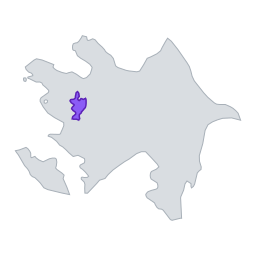 Goygol District, Xanlar, Azerbaijan (highlighted)
{"feature_id": "54616110B13615645655589", "entity_name": "Goygol District", "entity_type": "district", "adm_level": 2, "iso_a3": "AZE", "parent_name": "Azerbaijan", "parent_adm1": "Xanlar", "projection": "equal_earth", "projection_center": [46.326, 40.553], "detail": "fine", "context": "in_parent", "style": "filled", "palette": "violet", "viewbox_px": 256, "rotation_deg": 0, "n_neighbors": 0, "source": "geoboundaries", "source_scale": "gbopen_adm2", "svg_char_len": 4522}
<svg xmlns="http://www.w3.org/2000/svg" viewBox="0 0 256 256"><path d="M181.6,218.3L180.5,218.2L172.1,220.3L170.4,219.6L163.2,210.2L161.7,209.2L158.6,208.8L156.8,207.2L155.3,204.7L154.5,202.8L147.1,197.8L146.0,195.9L145.8,194.3L146.9,192.8L148.1,191.6L151.7,190.3L155.9,189.2L157.2,188.5L157.9,187.1L157.8,185.0L157.1,182.8L151.1,179.0L150.4,177.3L150.2,175.3L150.5,173.1L151.4,171.5L156.3,169.2L158.9,166.9L157.3,164.2L151.9,158.3L145.6,151.7L141.4,151.7L136.6,153.6L128.9,159.2L124.7,161.6L119.1,165.5L113.1,169.9L108.1,174.6L105.0,178.5L99.5,180.2L96.7,183.5L87.5,193.2L84.9,193.1L84.7,188.2L84.9,184.4L84.3,182.2L81.3,179.2L81.2,177.9L82.0,177.1L84.3,177.5L87.3,177.4L88.7,176.2L85.5,172.2L82.7,169.5L80.3,167.8L79.8,166.7L79.8,165.9L80.3,165.0L84.4,162.8L84.8,160.8L84.5,158.6L78.0,155.3L73.2,156.5L68.9,152.8L66.1,149.9L62.6,146.8L59.6,145.1L56.6,141.3L51.5,137.3L48.2,136.2L48.2,135.6L48.8,134.8L50.2,134.2L59.4,134.4L60.5,133.7L61.1,132.0L62.3,129.4L63.8,125.7L63.7,122.6L54.5,117.6L47.8,113.0L43.2,106.9L40.1,101.3L40.2,99.4L41.1,97.7L48.3,92.6L48.8,91.2L48.6,90.3L46.1,87.7L42.9,85.0L41.9,83.0L39.9,82.0L36.1,82.0L29.4,78.7L28.0,78.3L27.7,77.7L28.0,77.0L32.8,75.7L32.7,74.6L31.3,73.1L28.6,72.0L26.1,69.4L25.3,67.0L34.0,60.1L36.5,58.8L42.1,60.0L53.8,64.6L53.0,67.1L54.2,68.6L56.9,70.5L62.1,72.5L66.4,73.5L68.6,72.7L72.0,71.9L76.4,74.2L80.4,77.1L82.4,78.2L83.5,78.6L86.5,77.6L90.2,73.9L91.7,69.4L92.1,67.3L89.9,64.3L85.5,61.1L80.6,58.2L77.4,55.7L75.4,50.8L73.3,50.2L72.8,49.6L72.5,47.9L72.6,45.6L73.3,43.8L75.3,43.0L77.3,42.7L79.1,41.0L81.4,37.6L82.3,35.7L86.6,36.8L87.2,39.8L88.0,40.5L89.8,40.1L92.7,38.8L95.1,39.8L98.1,43.4L102.3,47.2L104.6,49.8L105.5,51.5L107.6,53.3L110.8,55.3L113.3,58.4L115.6,65.8L117.8,67.5L126.0,70.3L128.8,70.9L136.8,71.8L139.6,71.1L143.6,64.8L147.2,58.3L150.7,56.9L156.9,53.8L160.6,50.8L162.1,47.6L165.5,41.5L167.6,38.2L171.3,41.2L177.8,49.4L187.0,62.7L189.3,66.5L190.8,70.9L192.1,76.2L194.3,80.9L203.7,92.8L207.7,97.2L214.3,102.9L216.7,104.2L219.7,104.5L225.3,104.5L230.5,106.8L233.0,108.3L235.7,110.6L238.1,113.2L240.6,120.2L231.6,117.9L222.6,118.3L217.6,119.8L212.6,121.8L208.0,124.7L205.1,130.4L202.8,143.5L199.3,155.7L199.5,161.4L201.2,166.9L201.0,169.5L199.4,170.6L197.3,172.9L194.6,184.2L193.3,186.5L191.5,187.9L191.0,186.6L191.0,183.6L187.0,181.0L185.0,183.9L183.6,190.2L180.8,196.7L180.6,198.0L181.6,218.3ZM47.2,102.5L47.6,100.7L46.5,99.9L45.3,99.9L44.2,100.8L44.2,102.9L45.6,103.3L47.2,102.5ZM17.3,153.5L16.0,151.7L15.4,150.7L19.4,149.9L26.0,147.4L27.8,148.6L29.7,151.1L30.7,153.2L30.8,157.1L31.6,157.7L34.9,156.4L36.3,158.0L38.8,159.9L43.1,161.8L49.3,158.8L52.4,158.1L55.0,158.1L56.3,159.1L56.8,162.1L56.3,165.9L55.6,168.0L56.9,169.5L62.0,173.1L64.1,175.1L63.1,178.6L66.9,187.2L68.1,190.5L69.6,194.6L61.8,193.0L47.8,189.6L43.9,187.8L40.3,183.0L38.1,180.7L34.9,177.7L32.3,176.6L30.3,174.6L29.2,171.5L27.5,168.8L24.6,165.6L18.2,154.6L17.3,153.5ZM26.1,80.9L25.2,81.5L23.9,80.9L23.5,79.5L23.6,78.1L25.0,77.8L26.0,78.2L26.3,79.5L26.1,80.9Z" fill="#d9dde1" stroke="#a8b0b8" stroke-width="1"/><path d="M79.2,96.6L79.2,96.3L79.2,95.9L79.1,95.3L79.0,94.9L79.0,94.5L78.8,94.5L78.8,93.4L78.5,92.8L78.3,92.4L78.0,92.1L77.5,91.7L77.4,91.6L77.1,91.9L76.3,92.6L76.0,93.1L75.9,94.2L75.7,95.1L75.4,96.2L75.4,96.5L75.5,97.2L75.5,97.6L75.0,98.2L74.4,98.8L74.0,99.1L73.4,99.3L72.8,99.4L72.0,99.4L71.3,99.5L70.6,99.7L70.3,100.2L70.0,100.9L70.4,101.4L70.8,101.9L71.0,102.5L72.8,103.9L73.6,104.2L74.2,104.9L74.2,105.1L73.4,106.1L72.4,107.1L71.9,107.8L71.6,108.8L72.6,109.8L73.0,110.5L74.5,111.5L75.2,112.0L75.6,112.5L75.7,113.1L75.7,113.7L75.5,114.4L74.9,114.7L74.4,115.3L73.7,115.8L72.9,116.4L72.6,117.0L72.3,118.2L72.2,118.9L72.7,118.9L73.5,119.2L74.0,119.2L74.9,119.2L75.7,119.2L75.8,119.2L76.5,119.2L76.8,119.3L77.0,119.4L77.6,119.7L78.0,119.8L78.7,119.9L78.8,120.0L79.0,119.6L79.1,119.3L79.5,119.0L79.7,118.8L79.7,118.3L79.4,117.4L79.3,116.5L79.3,115.8L79.3,115.1L79.5,114.4L79.9,114.1L80.6,113.5L80.9,113.2L81.3,112.9L81.5,112.3L81.5,111.7L82.0,111.4L82.3,111.1L82.6,110.6L83.1,110.2L83.5,109.7L83.8,109.1L84.2,108.9L84.5,108.5L84.8,108.2L85.0,107.9L85.3,107.6L85.7,106.3L85.9,105.4L86.0,104.5L86.1,103.2L86.1,101.9L86.1,100.9L86.1,100.5L86.0,99.5L85.8,98.8L85.5,98.4L85.2,98.8L84.9,98.7L84.3,98.8L83.9,99.3L83.3,99.4L82.5,99.2L82.1,98.8L81.6,98.6L80.9,98.6L80.7,99.0L80.3,99.6L80.0,99.7L79.8,100.2L79.8,100.3L79.6,100.5L79.3,100.5L79.1,100.5L78.7,100.4L78.4,99.9L77.9,99.6L77.7,99.1L77.8,98.4L78.1,98.0L78.5,97.4L78.7,97.0L79.2,96.6Z" fill="#8b5cf6" stroke="#5b21b6" stroke-width="1.5"/></svg>